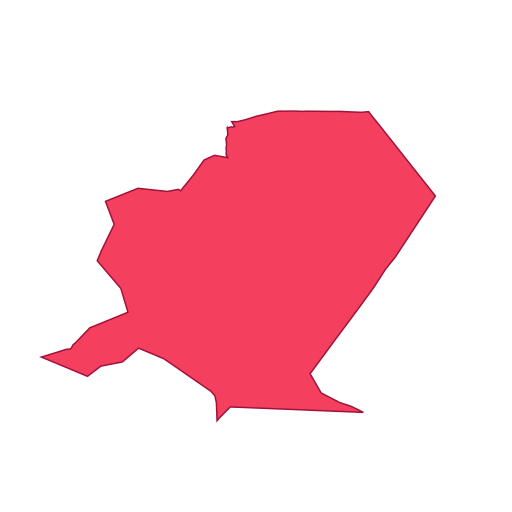 the district of San Miguel Aloápam, Oaxaca, Mexico, rotated 203°
{"feature_id": "50627088B87318974422234", "entity_name": "San Miguel Aloápam", "entity_type": "district", "adm_level": 2, "iso_a3": "MEX", "parent_name": "Mexico", "parent_adm1": "Oaxaca", "projection": "albers", "projection_center": [-96.687, 17.434], "detail": "fine", "context": "isolated", "style": "filled", "palette": "rose", "viewbox_px": 512, "rotation_deg": 203, "n_neighbors": 0, "source": "geoboundaries", "source_scale": "gbopen_adm2", "svg_char_len": 1182}
<svg xmlns="http://www.w3.org/2000/svg" viewBox="0 0 512 512"><g transform="rotate(203 256 256)"><path d="M227.5,89.2L226.5,92.5L220.7,107.0L96.1,154.0L109.5,154.8L121.8,153.8L142.5,155.4L160.2,168.8L150.2,210.7L141.3,247.3L135.4,272.6L131.6,294.5L127.3,309.8L114.3,381.3L192.4,424.0L204.0,430.2L208.7,432.9L214.8,429.6L221.5,427.0L235.5,421.8L246.1,417.3L264.8,409.6L270.2,407.1L277.3,404.4L292.6,397.8L299.0,393.0L302.8,390.2L309.7,385.2L319.7,376.8L325.6,372.4L330.9,370.2L326.2,366.8L327.2,366.0L328.2,365.4L329.4,365.1L330.2,364.5L331.3,363.4L331.7,363.3L332.5,363.5L332.7,362.8L331.9,361.5L331.1,360.0L330.0,357.9L329.2,356.1L329.5,354.5L329.5,352.2L328.4,350.3L326.7,347.2L326.2,345.7L325.8,343.7L325.2,342.5L324.2,340.9L323.5,338.6L322.3,336.8L321.4,336.3L320.5,335.5L333.6,332.4L341.3,324.1L345.3,306.0L350.9,286.6L353.5,287.0L362.8,280.8L391.1,272.2L415.9,247.5L398.9,229.7L400.4,200.7L400.3,189.6L367.7,173.3L351.9,154.2L380.9,125.0L388.0,106.2L389.7,102.8L390.2,98.1L394.1,96.0L414.1,79.1L364.1,79.4L355.8,94.0L337.6,106.3L328.1,125.3L300.5,125.4L244.8,113.9L242.0,112.6L239.3,111.3L235.2,105.6L227.5,89.2Z" fill="#f43f5e" stroke="#9f1239" stroke-width="1.5"/></g></svg>